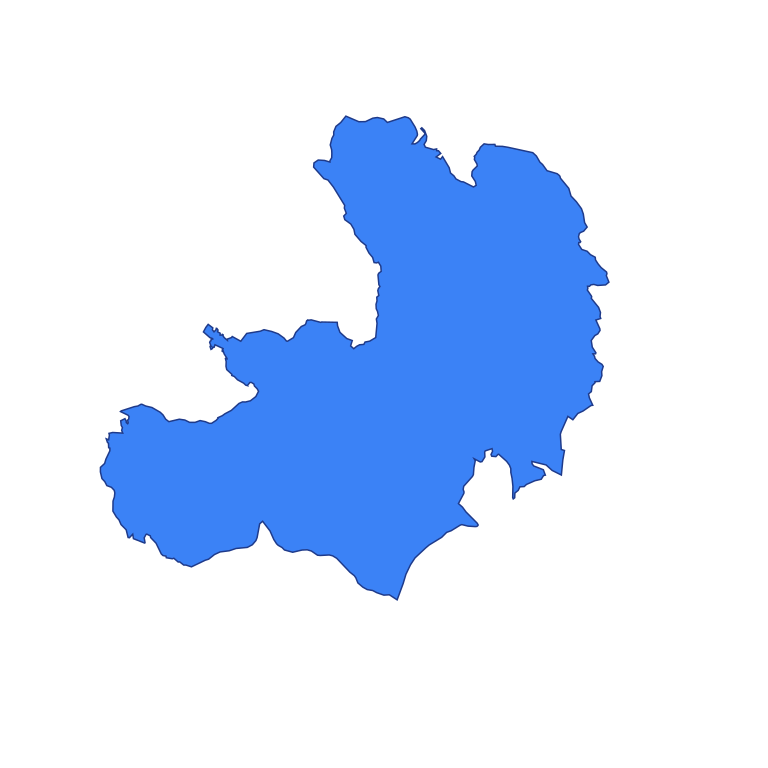 Recea-Cristur, Cluj, Romania (Natural Earth projection), rotated 216°
{"feature_id": "2599482B27327294293574", "entity_name": "Recea-Cristur", "entity_type": "district", "adm_level": 2, "iso_a3": "ROU", "parent_name": "Romania", "parent_adm1": "Cluj", "projection": "natural_earth1", "projection_center": [23.552, 47.116], "detail": "fine", "context": "isolated", "style": "filled", "palette": "blue", "viewbox_px": 768, "rotation_deg": 216, "n_neighbors": 0, "source": "geoboundaries", "source_scale": "gbopen_adm2", "svg_char_len": 6171}
<svg xmlns="http://www.w3.org/2000/svg" viewBox="0 0 768 768"><g transform="rotate(216 384 384)"><path d="M568.4,518.1L553.3,514.8L549.3,516.1L540.7,513.6L520.8,505.4L519.5,503.0L514.8,499.9L515.3,496.2L512.3,493.9L504.9,493.9L499.3,491.5L495.5,488.0L486.3,485.8L479.9,485.5L478.9,484.0L473.1,481.1L467.6,479.7L463.4,476.4L461.2,477.6L460.1,479.2L455.9,477.5L452.5,473.5L453.4,470.4L453.0,468.7L446.5,461.3L444.6,460.5L444.6,457.8L443.9,455.9L440.2,452.5L440.9,450.0L438.5,447.1L437.3,443.8L434.5,440.3L431.9,438.9L428.8,436.1L428.4,432.1L425.3,429.0L418.0,416.7L420.8,410.2L424.0,406.8L423.6,404.2L426.8,401.4L428.3,398.3L429.2,394.8L433.4,395.2L435.2,400.5L440.8,398.9L450.0,399.9L455.8,403.8L458.1,406.4L471.0,397.4L471.3,396.7L480.6,393.1L483.1,390.7L483.1,391.7L483.7,389.6L482.7,386.8L482.7,385.4L484.7,381.9L485.7,373.8L484.5,368.3L487.2,361.9L488.2,361.4L491.8,362.4L499.1,362.4L505.7,360.5L513.0,357.4L515.1,354.0L524.8,344.2L525.0,334.4L534.7,333.2L534.7,331.9L537.2,328.2L536.4,327.3L540.5,327.6L542.4,328.3L543.0,329.2L544.0,329.1L543.8,328.3L545.4,327.2L546.4,328.8L549.3,328.4L550.0,330.1L551.9,330.7L552.4,330.5L551.8,328.9L552.2,326.3L554.7,327.0L555.5,328.8L561.3,328.9L561.4,325.1L560.7,320.0L552.1,319.2L549.3,320.0L549.0,319.6L550.3,319.0L549.4,317.2L549.8,316.5L549.5,315.2L546.1,312.9L546.8,312.5L546.7,312.0L544.3,310.3L543.6,311.9L544.6,313.5L543.9,313.1L543.0,314.0L543.8,316.4L535.0,318.1L534.8,317.2L533.8,316.4L534.7,316.3L534.2,315.4L532.5,315.5L531.0,314.4L526.0,312.4L525.8,312.0L527.2,311.9L527.3,311.4L524.9,309.4L522.2,305.4L519.7,303.2L512.7,302.4L512.2,301.4L509.5,302.1L505.0,301.3L498.0,302.2L495.2,301.8L493.3,302.5L493.6,302.7L493.4,306.4L492.3,307.3L489.3,307.5L487.6,306.2L483.8,305.6L481.2,304.3L480.3,298.5L482.2,291.9L485.5,288.0L488.0,286.3L489.9,283.0L492.0,272.9L495.2,266.4L496.2,263.3L498.6,259.1L498.1,258.8L498.4,256.0L500.4,250.8L502.2,249.5L506.4,248.5L511.3,246.3L514.3,241.9L518.7,238.7L523.9,237.8L528.9,235.2L535.9,227.1L539.9,227.2L544.6,229.1L548.4,229.6L557.9,228.6L563.9,226.1L567.9,225.3L568.7,224.7L570.2,221.5L572.7,218.9L580.8,207.8L581.0,206.8L572.8,208.3L571.1,207.8L569.9,205.4L570.2,204.0L568.1,202.2L568.0,201.2L569.8,201.3L570.8,202.5L573.2,203.7L575.4,199.5L572.2,196.0L570.0,195.0L569.0,192.3L566.5,190.7L575.0,185.3L577.5,182.4L576.1,181.2L574.0,177.0L576.5,176.4L573.4,174.2L572.1,174.1L569.3,170.6L568.1,171.0L566.5,168.8L564.8,159.7L563.3,155.5L564.4,149.9L561.8,146.2L556.6,141.7L552.5,140.9L548.5,138.9L543.8,140.2L539.7,139.4L537.7,137.6L535.7,134.1L534.4,130.0L528.6,121.8L522.3,119.1L518.5,118.3L514.1,115.7L506.9,114.5L500.8,109.4L499.6,110.0L499.0,114.8L495.8,111.6L484.2,114.6L484.0,115.1L487.6,118.6L488.1,122.5L487.7,123.1L483.8,123.8L482.5,122.6L474.8,121.2L464.3,115.6L462.0,115.3L459.2,116.6L458.0,115.5L452.5,118.2L451.6,119.5L445.9,119.0L444.7,120.0L439.6,119.8L437.8,121.1L432.3,122.9L425.0,136.4L422.9,139.2L420.9,146.4L417.9,151.8L411.2,158.1L407.0,164.0L398.5,171.5L396.0,176.6L395.6,182.1L396.4,185.2L402.4,197.8L401.5,201.6L389.8,198.1L381.7,193.4L377.0,191.6L374.8,191.3L370.3,191.8L367.0,191.2L359.0,194.2L352.7,201.5L348.7,204.7L344.6,206.2L337.2,206.4L334.8,207.8L327.8,213.5L324.6,214.8L319.8,215.2L300.9,211.7L295.4,211.5L292.8,210.6L288.2,207.7L281.7,207.2L276.8,207.8L271.7,210.3L267.3,210.9L260.0,213.1L255.8,216.6L246.5,217.1L251.2,233.8L254.4,242.9L256.3,253.2L256.7,261.5L253.9,276.0L252.8,280.4L247.2,293.9L246.1,300.8L243.4,304.8L239.4,314.6L238.4,316.0L232.5,318.4L226.3,322.3L225.1,323.4L224.8,324.8L225.1,325.4L226.9,326.2L242.5,328.7L248.1,330.5L253.5,331.0L255.1,342.4L255.8,343.7L258.0,345.3L259.4,348.1L258.1,361.1L258.4,363.2L262.2,369.4L265.1,375.6L267.1,376.5L260.3,377.5L259.1,378.8L259.5,384.3L262.6,388.2L262.8,389.4L258.6,395.2L256.6,393.3L256.0,389.9L254.4,388.9L250.8,391.0L250.4,394.0L249.9,394.6L239.3,393.5L234.9,392.1L231.7,390.1L229.4,387.0L224.9,382.9L219.5,376.9L213.1,367.7L211.9,367.0L211.4,368.8L214.0,372.7L212.9,376.8L213.6,380.7L210.3,383.4L209.7,386.5L205.1,394.4L200.8,399.4L201.1,403.7L199.9,405.1L204.7,408.3L214.7,405.7L217.3,406.5L218.8,408.3L205.3,413.8L197.2,412.9L187.0,414.6L194.7,427.7L198.9,436.3L202.1,435.2L211.8,447.0L212.7,449.7L216.2,465.9L210.2,466.1L209.9,474.1L207.1,479.1L203.9,488.2L202.6,489.5L209.7,493.5L212.7,496.2L211.8,499.7L214.6,504.9L214.0,509.1L214.7,509.9L211.0,512.9L212.6,518.8L215.2,521.9L217.0,527.1L219.3,528.0L223.7,527.7L228.3,528.7L229.9,530.1L232.7,531.2L230.6,532.8L230.9,533.8L237.1,536.2L241.9,541.0L241.9,547.1L240.5,550.2L240.7,554.3L241.9,555.6L250.2,560.3L247.2,564.4L248.9,565.6L250.9,569.1L255.4,572.1L266.6,575.1L267.3,576.7L268.2,577.2L274.7,579.5L275.3,581.2L276.8,582.7L275.2,583.8L274.9,585.8L272.8,587.9L269.1,589.3L263.0,594.4L261.9,598.6L267.8,602.3L268.5,604.3L269.8,605.4L276.8,605.8L281.4,607.0L285.8,608.7L287.6,610.7L293.0,610.0L297.7,610.8L303.1,609.1L308.7,611.3L309.6,612.9L308.6,613.6L308.5,614.7L311.5,616.0L313.2,617.5L314.4,620.4L314.1,622.0L312.3,625.0L311.9,630.4L316.6,632.5L322.7,638.7L327.3,641.9L335.4,644.5L343.2,646.0L349.5,650.9L362.2,654.2L363.8,655.5L365.1,655.8L367.6,655.9L377.5,652.4L384.8,654.8L388.2,655.1L394.7,658.0L399.6,658.6L423.0,648.3L427.8,645.9L433.6,641.9L435.1,643.0L440.5,639.0L444.2,637.1L445.2,632.1L444.5,629.2L444.9,626.1L444.4,624.1L444.8,621.2L444.0,620.9L442.8,618.7L438.1,616.6L436.7,615.2L437.7,609.3L437.5,607.5L435.3,603.9L429.1,601.5L426.2,598.9L427.4,596.0L438.5,594.2L440.6,593.0L446.3,592.2L449.8,593.5L454.2,593.8L458.4,597.3L470.3,602.4L470.4,599.1L475.3,598.3L473.6,603.9L477.0,604.7L478.6,603.7L479.6,605.1L481.7,602.8L489.7,599.9L492.4,601.4L492.8,605.7L495.0,609.5L500.2,612.9L504.0,613.5L504.3,612.2L498.5,611.0L498.0,610.5L497.8,609.3L498.5,603.5L498.3,602.0L498.9,599.0L500.1,596.4L502.5,594.8L503.1,604.5L503.7,605.7L506.1,607.9L510.0,610.2L518.5,613.7L520.8,613.7L524.2,612.5L535.0,597.6L540.0,598.3L546.0,595.7L549.3,592.5L553.2,585.4L558.5,581.4L572.3,578.3L572.7,570.1L574.3,564.2L572.9,558.4L571.0,555.9L570.5,552.1L568.0,545.8L564.0,542.7L561.8,540.0L559.3,536.3L559.0,533.0L558.2,531.8L563.5,529.9L568.9,526.5L570.6,521.7L568.4,518.1Z" fill="#3b82f6" stroke="#1e3a8a" stroke-width="1.5"/></g></svg>